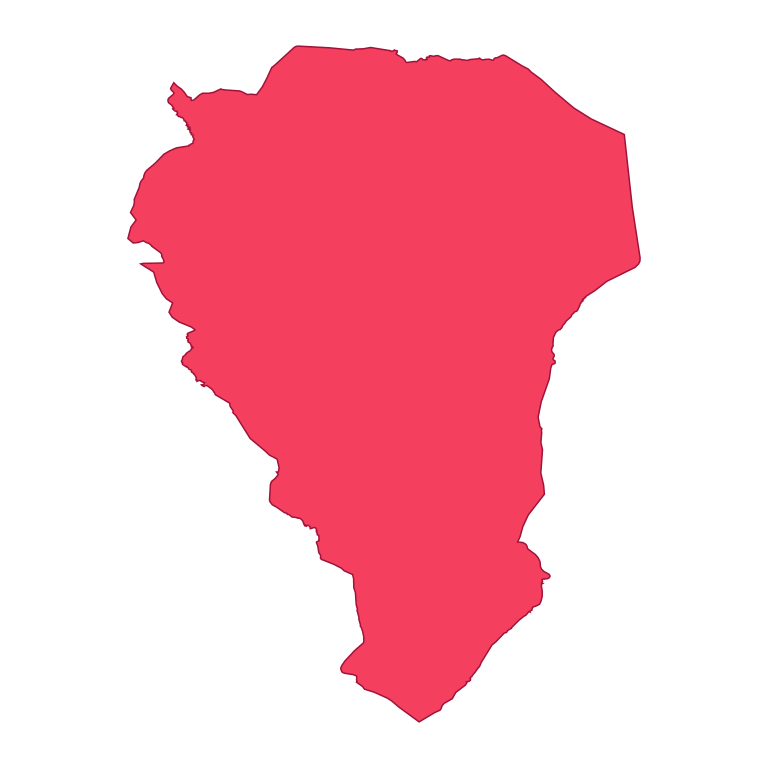 outline of Aremark nor, Østfold, Norway
{"feature_id": "86288312B17022032090609", "entity_name": "Aremark nor", "entity_type": "district", "adm_level": 2, "iso_a3": "NOR", "parent_name": "Norway", "parent_adm1": "Østfold", "projection": "equal_earth", "projection_center": [11.67, 59.186], "detail": "fine", "context": "isolated", "style": "filled", "palette": "rose", "viewbox_px": 768, "rotation_deg": 0, "n_neighbors": 0, "source": "geoboundaries", "source_scale": "gbopen_adm2", "svg_char_len": 6035}
<svg xmlns="http://www.w3.org/2000/svg" viewBox="0 0 768 768"><path d="M419.1,721.9L434.8,712.5L439.9,710.3L441.0,708.9L442.2,705.6L444.1,703.4L452.3,698.7L455.8,692.4L465.4,685.1L466.7,683.1L466.9,682.1L466.6,681.8L468.9,681.4L470.4,680.3L470.6,678.9L470.1,678.4L470.4,677.5L471.8,676.6L473.0,674.6L475.0,672.4L477.9,668.2L478.9,667.4L479.3,666.3L479.9,665.9L481.0,662.8L492.0,645.0L496.1,641.6L504.3,633.0L506.5,632.5L507.5,630.8L508.4,630.0L511.5,628.3L511.8,627.4L518.8,620.4L524.0,616.2L526.1,615.0L528.6,611.9L529.0,611.6L529.9,612.0L529.6,611.4L531.6,610.3L531.4,610.1L531.9,609.7L532.7,607.2L536.8,605.7L539.6,604.2L541.1,601.0L542.2,596.3L542.3,591.5L541.4,586.0L541.6,584.0L542.8,583.4L541.8,583.0L541.6,582.4L542.4,581.8L542.6,581.2L541.9,579.6L543.1,578.9L544.4,579.2L544.8,578.9L547.5,578.7L549.2,577.8L550.0,576.5L550.0,575.8L549.3,574.5L543.7,571.3L541.6,569.2L540.5,566.8L540.1,562.3L539.6,560.7L537.9,557.4L535.3,554.5L528.1,549.1L527.5,548.2L526.9,546.0L525.9,544.3L522.8,542.5L517.7,542.0L520.1,536.5L522.8,526.8L528.3,514.9L544.4,494.2L543.6,485.1L540.8,473.1L542.5,449.8L540.9,442.5L541.7,432.7L541.4,430.1L541.9,428.9L540.0,426.7L538.1,417.3L541.2,401.9L549.3,378.9L550.8,367.9L552.0,364.5L554.7,363.6L555.2,362.9L555.0,360.9L553.5,359.9L552.9,358.8L554.2,356.1L554.1,354.5L552.0,351.9L551.5,349.9L552.0,348.3L551.8,348.0L553.1,346.2L553.0,343.7L553.4,337.5L555.9,332.2L558.4,330.0L560.1,329.6L561.8,327.7L563.0,325.1L564.4,323.8L566.3,320.9L570.9,316.9L572.2,314.3L573.9,312.9L574.4,312.0L576.4,311.3L577.5,310.4L580.0,305.0L580.0,304.1L581.0,303.0L581.0,302.4L582.7,301.2L582.6,300.4L582.9,300.2L582.4,300.1L582.4,299.6L585.6,297.4L585.4,296.7L594.9,290.6L607.0,281.2L635.0,267.4L638.6,263.9L639.9,261.3L640.1,257.9L632.3,207.2L624.3,134.5L591.3,119.0L573.7,107.9L554.8,92.0L541.1,79.4L531.2,72.1L528.2,69.0L522.3,66.0L505.9,55.9L503.7,55.1L502.1,55.3L496.9,57.8L495.6,57.8L494.2,58.5L493.7,59.7L492.8,60.3L489.3,59.2L484.9,59.4L482.9,60.0L480.1,58.9L479.9,58.3L479.3,58.1L478.2,58.8L470.1,59.5L467.4,60.4L461.0,59.6L460.6,59.2L454.3,59.1L451.4,59.9L450.5,60.9L448.3,60.4L438.4,55.8L436.8,55.6L433.5,56.3L430.0,55.6L429.2,56.1L429.3,57.1L427.1,57.1L426.5,57.6L426.4,58.3L427.2,59.3L426.9,59.6L423.7,59.9L422.9,59.7L422.0,58.6L420.7,58.4L416.5,61.8L414.8,61.4L406.6,62.5L405.3,61.4L405.1,60.4L403.1,58.1L396.5,54.4L396.1,53.8L397.2,52.4L397.1,50.7L395.2,50.5L394.6,50.0L393.9,50.3L393.6,50.8L391.4,51.4L390.5,50.7L370.6,47.5L363.3,48.8L355.6,49.1L353.4,50.1L329.4,47.8L297.9,46.1L296.1,46.4L294.3,47.3L274.4,65.5L271.7,67.6L267.2,77.5L262.5,86.6L256.6,94.7L250.5,94.2L247.5,94.6L241.3,91.5L239.2,90.9L225.8,90.0L222.0,89.5L220.9,88.9L213.4,92.4L208.4,93.3L202.8,93.2L199.6,94.9L193.8,100.0L191.6,100.5L191.1,99.6L191.0,97.7L187.3,96.6L184.3,92.3L181.4,89.1L177.2,86.2L173.8,82.7L170.6,88.3L171.0,89.7L173.7,92.5L173.8,93.5L173.5,94.2L168.9,98.0L168.0,99.4L168.0,101.4L168.7,102.8L171.4,104.9L173.8,108.2L172.7,108.7L172.9,109.2L175.2,111.1L177.0,111.4L177.0,112.1L177.7,113.0L176.5,114.7L177.4,115.0L178.6,116.6L179.7,116.5L181.1,117.5L182.6,117.6L183.8,119.3L184.2,120.8L185.3,121.0L186.1,122.4L186.9,122.8L186.6,124.6L187.8,125.0L186.7,125.5L187.6,126.0L187.5,126.9L189.6,127.3L188.4,128.5L189.9,128.5L189.9,129.2L189.0,129.4L190.1,129.8L189.6,130.2L190.4,132.0L190.2,132.6L192.1,133.3L191.3,133.4L191.3,134.7L192.7,134.9L193.3,135.5L192.8,136.8L194.3,139.5L193.5,140.2L193.1,141.2L193.0,143.2L190.5,144.3L189.8,145.1L188.8,145.3L188.8,145.9L176.4,147.9L169.9,150.7L163.9,154.2L155.2,163.2L146.8,170.3L144.9,172.9L143.9,175.7L143.6,177.9L141.1,181.1L140.0,183.4L139.2,187.4L134.2,199.5L134.4,201.8L133.8,205.4L130.5,212.5L136.1,220.0L130.9,227.1L127.9,238.5L133.2,243.0L138.3,242.5L143.2,240.8L146.7,242.7L148.7,243.3L150.9,245.0L151.8,245.9L151.7,246.2L160.3,252.5L161.7,254.2L161.8,256.7L163.1,258.7L164.1,261.9L162.9,263.0L142.8,263.4L140.7,263.9L153.7,272.1L156.8,282.6L162.2,293.6L166.5,298.9L172.6,302.9L169.0,312.2L172.4,317.4L179.3,322.1L191.1,326.9L194.3,329.1L194.9,330.0L193.3,331.0L187.7,333.3L187.2,334.5L188.0,335.9L186.5,336.9L186.8,338.3L188.1,338.8L188.4,339.8L187.7,340.4L188.3,341.7L188.2,342.1L189.9,342.9L191.1,345.2L191.1,346.1L192.5,346.6L193.0,347.8L191.5,347.9L191.4,349.2L189.7,351.2L189.0,351.3L185.9,353.7L185.9,354.3L182.8,356.9L182.9,357.6L182.4,358.5L182.5,359.0L181.4,361.2L181.7,362.1L182.5,362.6L182.2,362.8L182.6,364.4L185.4,366.3L186.6,366.5L186.4,366.9L187.7,367.4L189.2,369.4L191.1,369.9L191.6,371.0L191.3,371.4L191.5,372.0L193.9,373.6L193.8,374.1L194.5,374.6L196.3,377.7L195.9,379.9L196.8,380.1L196.9,381.3L198.7,380.6L200.8,380.6L200.8,381.0L202.9,382.3L204.5,382.6L203.6,384.6L201.4,384.9L201.8,385.4L204.1,386.6L204.6,385.9L206.9,385.5L212.1,389.3L214.9,393.4L215.2,394.6L229.7,403.2L230.1,406.4L233.3,411.0L232.8,412.6L235.8,415.5L250.2,438.5L264.9,450.8L269.5,455.1L277.1,459.1L279.1,467.8L278.3,472.0L276.5,472.0L277.9,474.0L278.1,474.8L275.2,478.4L271.6,481.4L270.9,482.9L270.4,484.6L269.5,500.2L269.9,501.6L272.3,504.8L276.7,507.2L284.5,512.7L286.8,513.2L287.1,514.1L287.8,514.5L289.2,514.6L291.9,517.0L297.0,517.6L297.3,518.1L299.1,518.1L300.7,518.8L302.6,520.7L303.6,523.0L303.6,523.8L304.9,524.7L304.3,524.8L304.7,525.8L306.5,526.2L307.2,525.5L307.9,525.4L309.3,526.0L309.8,526.4L310.3,528.7L313.9,527.6L315.7,527.9L316.9,530.7L316.2,531.1L317.3,533.7L317.2,534.7L318.7,535.5L318.8,536.0L319.0,538.3L318.8,539.9L319.2,540.6L316.6,541.9L316.4,542.5L317.8,546.1L318.7,552.1L319.3,553.6L320.6,555.1L320.5,558.3L321.4,559.4L333.6,564.2L341.4,568.2L344.3,570.9L352.6,574.5L353.6,578.7L353.8,587.8L355.4,592.5L356.2,604.6L357.5,609.5L357.0,610.3L359.0,617.7L358.8,619.0L360.4,624.6L360.3,626.1L361.2,627.4L362.6,631.4L364.0,638.1L363.6,638.7L363.9,640.6L363.5,642.8L354.5,650.7L345.0,660.9L341.7,665.7L340.7,668.4L341.2,670.4L342.4,672.4L344.3,673.2L353.6,674.7L356.5,676.0L356.8,677.8L356.5,680.0L357.0,681.0L356.4,682.1L362.4,686.4L364.5,689.2L373.6,692.0L387.3,698.1L391.5,700.8L398.9,707.1L419.1,721.9Z" fill="#f43f5e" stroke="#9f1239" stroke-width="1.5"/></svg>